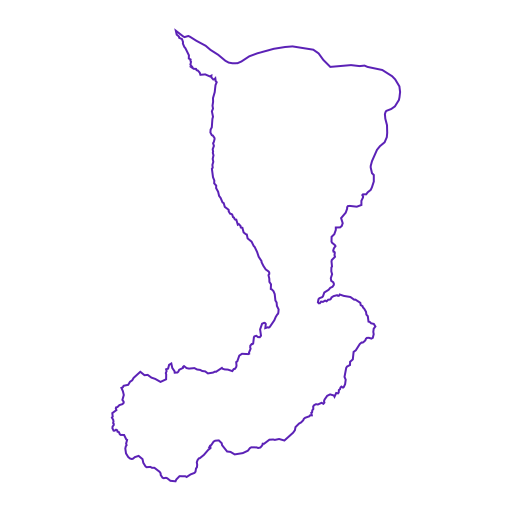 Brasil Novo, Pará, Brazil (Natural Earth projection)
{"feature_id": "56859067B45799313121530", "entity_name": "Brasil Novo", "entity_type": "district", "adm_level": 2, "iso_a3": "BRA", "parent_name": "Brazil", "parent_adm1": "Pará", "projection": "natural_earth1", "projection_center": [-52.726, -3.304], "detail": "fine", "context": "isolated", "style": "outline", "palette": "violet", "viewbox_px": 512, "rotation_deg": 0, "n_neighbors": 0, "source": "geoboundaries", "source_scale": "gbopen_adm2", "svg_char_len": 6060}
<svg xmlns="http://www.w3.org/2000/svg" viewBox="0 0 512 512"><path d="M373.8,175.0L372.0,173.2L370.7,167.6L370.7,166.0L372.0,161.1L377.0,149.8L380.0,146.1L384.6,142.3L386.8,137.2L387.2,132.9L387.0,125.2L385.3,118.6L384.9,114.2L385.5,112.1L386.3,110.9L391.2,109.0L394.9,106.4L398.9,100.0L399.5,97.2L400.1,92.0L399.4,86.4L395.2,79.4L392.1,76.2L382.3,70.0L367.5,66.9L364.5,65.6L359.6,66.1L351.0,65.1L330.3,66.9L323.3,59.9L318.6,53.4L313.3,49.7L292.5,46.4L285.1,47.0L273.8,48.8L257.4,53.3L249.3,56.3L241.4,61.5L237.5,63.2L232.7,63.3L228.7,62.6L225.4,60.8L218.2,54.8L210.5,49.9L205.7,45.8L196.4,40.8L189.9,36.7L188.3,36.0L184.5,37.1L183.3,36.5L175.8,30.7L176.7,34.6L178.9,36.5L179.2,37.8L182.0,39.1L183.0,42.0L182.9,43.6L184.3,46.9L185.4,48.2L188.9,55.3L188.8,58.5L190.6,59.5L190.4,60.7L191.0,61.8L190.4,64.7L192.0,66.7L191.1,67.0L193.7,68.8L196.0,68.9L196.6,70.2L197.8,70.5L199.7,72.6L200.4,74.8L205.2,74.4L209.8,76.4L211.4,75.6L211.3,77.3L213.3,79.5L214.3,79.4L215.3,78.3L215.7,81.2L216.7,82.2L215.5,85.1L214.7,92.2L213.0,98.1L213.1,101.8L212.5,105.7L213.0,108.6L211.9,111.3L213.0,116.8L212.4,118.9L211.8,127.3L210.6,129.6L210.4,132.5L211.8,135.2L212.8,135.5L214.4,137.8L214.6,138.9L213.8,142.0L213.1,143.2L213.9,145.9L212.7,149.2L213.1,151.7L212.8,152.8L213.5,155.3L212.7,158.9L213.3,161.8L212.4,164.9L212.7,167.7L211.9,168.8L213.0,177.2L214.3,180.5L214.2,183.4L216.2,185.6L216.1,188.1L218.1,191.7L219.1,195.9L220.6,197.9L222.5,202.4L223.7,203.1L224.8,206.9L228.0,209.3L228.7,210.0L228.7,211.4L230.1,213.7L231.7,214.1L232.3,214.8L233.0,217.1L234.0,217.6L234.4,218.7L235.3,219.7L236.3,219.7L237.8,224.7L238.8,224.1L240.5,225.9L240.8,227.5L242.4,227.8L243.6,232.4L245.8,234.2L246.8,234.5L247.6,238.4L251.6,241.7L253.7,246.0L254.7,247.0L257.1,252.0L258.7,256.8L261.5,261.1L261.6,262.3L263.4,265.9L265.7,269.4L268.6,271.5L269.2,272.4L269.3,273.9L268.5,275.1L269.3,278.7L269.4,281.9L271.0,284.3L270.8,289.0L271.9,289.5L273.5,291.2L274.7,294.1L275.4,300.5L276.6,302.5L276.9,305.9L278.6,309.4L278.4,312.1L278.1,313.7L277.3,314.4L275.7,317.0L274.3,320.3L269.8,326.9L268.8,327.6L267.7,327.3L265.3,328.1L265.8,324.0L265.1,323.1L264.2,322.8L262.1,323.7L260.1,329.4L261.0,335.7L259.8,337.2L258.0,337.1L256.3,335.8L254.4,336.4L253.9,337.3L253.2,343.3L252.6,344.1L251.7,344.0L250.3,345.7L250.2,347.6L250.6,348.7L249.0,352.5L249.2,353.7L248.4,354.1L242.0,353.8L239.3,355.6L237.3,361.3L236.2,362.1L236.5,365.6L236.2,367.0L234.9,368.9L233.7,369.1L232.3,371.1L227.9,369.6L224.6,369.4L222.5,368.7L221.9,367.9L216.0,371.8L215.0,371.6L213.0,372.6L207.9,373.4L205.2,371.4L202.2,371.0L200.1,369.9L197.1,369.5L194.4,368.1L189.0,368.6L186.6,368.1L184.0,366.1L183.1,366.8L183.0,367.9L179.2,369.8L178.3,371.7L177.4,372.5L174.7,372.7L174.5,371.2L172.3,368.0L171.3,363.5L169.1,364.8L168.1,368.6L166.1,369.3L166.6,371.1L165.8,373.1L166.2,374.4L166.1,379.3L160.5,381.9L155.2,378.9L151.4,377.6L147.7,374.9L144.5,375.2L140.3,371.8L133.6,377.9L132.2,380.3L130.0,381.8L128.2,384.8L123.6,385.8L122.8,387.3L121.4,387.9L122.9,391.2L123.8,395.0L122.4,399.9L123.6,401.6L123.7,402.8L122.5,404.1L119.4,405.1L117.4,407.1L116.1,407.4L115.8,408.4L116.4,410.1L112.3,413.1L112.7,416.6L111.9,417.6L113.2,419.8L113.5,421.6L113.1,423.0L113.8,424.0L113.7,425.1L112.6,426.5L112.4,428.2L113.6,430.7L114.6,430.7L116.0,429.7L117.2,430.3L117.5,431.7L119.0,432.2L119.7,434.1L120.6,434.9L124.1,435.0L126.2,439.3L127.1,439.9L126.1,443.6L126.6,445.2L125.8,446.3L125.3,448.5L126.0,453.4L128.2,457.0L130.0,458.5L131.7,459.0L132.8,458.8L134.9,457.1L138.6,455.9L142.5,459.1L143.3,462.8L145.5,466.4L146.6,467.2L150.3,466.9L152.0,467.8L154.4,467.8L159.6,471.8L160.6,473.3L160.7,475.0L162.5,477.7L163.7,478.2L166.0,477.8L167.3,478.3L170.4,480.8L175.5,481.3L176.3,479.5L179.5,476.2L185.4,476.3L186.6,477.0L190.6,474.4L194.5,472.9L195.5,471.7L196.0,468.5L196.9,467.3L197.2,464.9L196.8,462.3L197.5,460.2L198.8,458.4L199.8,458.2L203.9,454.9L208.1,450.0L210.5,448.1L210.4,446.7L209.5,446.9L210.1,445.7L211.3,445.0L213.6,441.6L215.2,440.7L218.8,440.4L221.7,443.2L222.1,445.2L227.1,451.5L230.5,451.9L234.7,454.4L242.8,453.1L247.9,450.7L249.9,448.1L251.3,447.3L256.6,447.4L258.1,448.0L260.4,447.5L262.3,445.3L262.7,443.7L264.0,443.8L269.4,439.7L273.2,439.5L274.8,439.9L279.1,439.0L284.4,440.5L293.1,432.7L294.9,430.2L295.5,427.1L299.1,423.5L301.0,422.5L303.2,420.3L303.8,418.9L305.1,417.8L309.3,416.3L310.1,415.3L311.8,415.3L311.3,412.8L312.1,412.2L312.3,410.3L313.3,409.0L313.2,406.4L314.2,405.1L316.0,404.2L317.9,404.5L321.6,402.8L323.4,403.8L324.4,402.6L324.0,401.1L324.6,399.5L327.2,395.8L330.1,394.4L333.9,395.5L334.5,396.7L336.2,393.0L338.0,393.4L338.7,392.5L338.9,390.0L340.0,389.2L340.5,387.5L341.4,386.6L343.0,387.6L343.8,387.0L345.1,384.2L345.7,379.7L344.5,376.9L346.2,367.9L347.0,366.6L350.0,365.0L350.1,361.8L352.8,359.4L353.6,351.9L355.8,350.3L359.8,344.0L361.6,342.5L362.7,342.6L363.7,341.9L365.3,340.4L365.9,338.8L366.9,337.9L368.9,337.8L371.4,338.6L372.8,337.8L373.7,334.2L373.3,331.9L373.7,328.7L375.4,326.5L373.8,323.9L371.1,323.3L369.8,322.0L368.5,321.6L367.8,316.2L366.4,314.6L366.0,311.8L364.2,308.7L363.0,307.5L362.5,306.1L360.7,305.1L360.3,302.8L355.4,299.6L354.2,299.7L350.4,297.0L343.8,295.9L339.7,294.5L339.0,295.7L338.1,295.9L337.1,295.2L333.6,296.1L331.4,297.5L331.1,298.6L329.9,299.6L328.2,299.7L326.6,301.3L325.1,300.6L322.9,301.9L321.1,301.6L319.9,303.2L318.8,303.3L317.9,302.3L318.5,299.2L319.4,298.2L322.3,297.1L323.0,296.2L324.3,292.5L328.6,289.8L330.3,287.8L332.5,286.8L333.8,284.9L333.9,283.9L333.3,282.3L331.2,280.8L330.8,278.2L332.1,274.2L331.3,271.3L331.4,267.5L332.0,266.5L331.5,261.4L331.8,260.0L335.0,256.8L334.5,255.1L334.8,252.8L334.4,251.8L333.5,251.7L333.2,250.5L333.9,248.3L335.5,246.1L334.8,245.0L332.0,242.7L331.5,241.6L331.6,236.8L334.3,234.2L335.8,229.9L335.8,227.5L340.1,227.4L341.8,225.9L342.7,223.2L341.1,218.1L345.7,212.7L347.1,208.8L347.2,207.1L347.9,206.1L349.7,205.9L356.8,206.7L361.4,205.0L361.4,200.8L363.0,197.5L363.1,196.5L362.3,195.1L363.0,194.3L366.2,194.3L367.7,192.3L370.7,189.9L371.9,187.4L373.8,181.5L373.8,175.0Z" fill="none" stroke="#5b21b6" stroke-width="2"/></svg>